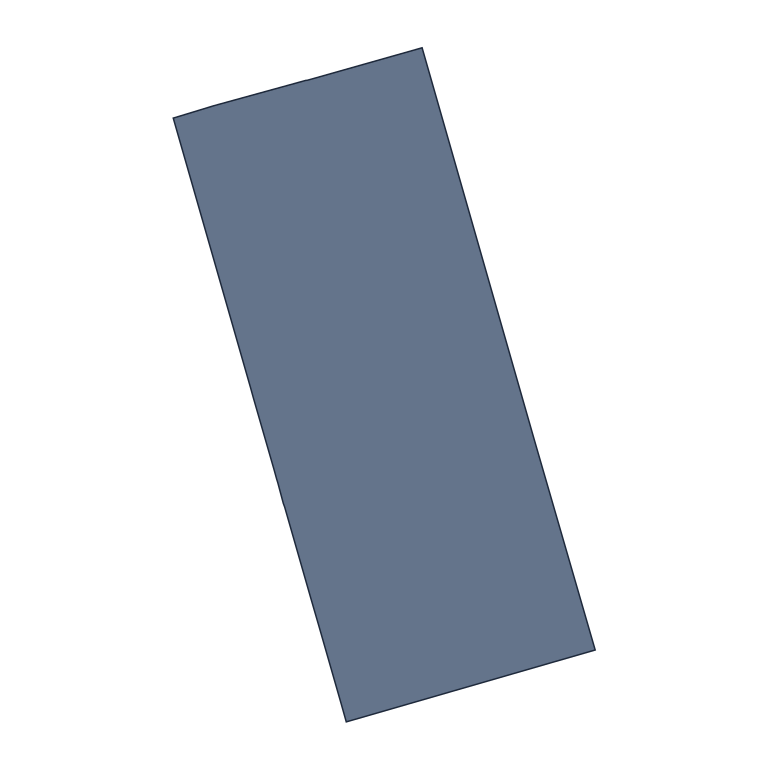 Bowman, North Dakota, United States of America, rotated 74°
{"feature_id": "52423323B51732533466336", "entity_name": "Bowman", "entity_type": "district", "adm_level": 2, "iso_a3": "USA", "parent_name": "United States of America", "parent_adm1": "North Dakota", "projection": "equal_earth", "projection_center": [-103.415, 46.113], "detail": "fine", "context": "isolated", "style": "filled", "palette": "slate", "viewbox_px": 768, "rotation_deg": 74, "n_neighbors": 0, "source": "geoboundaries", "source_scale": "gbopen_adm2", "svg_char_len": 501}
<svg xmlns="http://www.w3.org/2000/svg" viewBox="0 0 768 768"><g transform="rotate(74 384 384)"><path d="M697.9,254.3L479.9,254.9L71.3,254.7L70.9,374.4L70.6,375.2L69.6,470.8L70.3,513.3L295.8,513.3L300.4,513.3L350.5,513.3L361.5,513.4L435.6,513.3L437.1,513.3L445.7,513.4L449.7,513.3L471.1,513.7L474.9,513.4L525.8,513.4L565.1,513.4L569.7,513.4L599.3,513.3L611.4,513.3L637.2,513.3L648.8,513.3L667.2,513.3L680.2,513.3L698.4,513.4L697.9,254.3Z" fill="#64748b" stroke="#1e293b" stroke-width="1.5"/></g></svg>